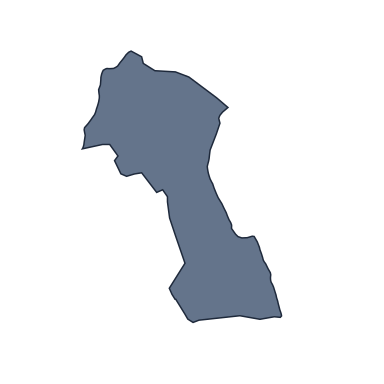 the district of Pavee, Castries, Saint Lucia, rotated 150°
{"feature_id": "8701671B25758314350266", "entity_name": "Pavee", "entity_type": "district", "adm_level": 2, "iso_a3": "LCA", "parent_name": "Saint Lucia", "parent_adm1": "Castries", "projection": "albers", "projection_center": [-60.992, 14.003], "detail": "fine", "context": "isolated", "style": "filled", "palette": "slate", "viewbox_px": 384, "rotation_deg": 150, "n_neighbors": 0, "source": "geoboundaries", "source_scale": "gbopen_adm2", "svg_char_len": 1985}
<svg xmlns="http://www.w3.org/2000/svg" viewBox="0 0 384 384"><g transform="rotate(150 192 192)"><path d="M176.4,39.9L175.8,41.5L175.3,43.6L174.9,45.9L174.0,49.1L173.1,52.4L172.3,54.9L171.6,58.2L170.7,60.9L170.3,62.8L169.9,64.6L169.3,67.2L168.9,69.0L168.6,71.7L168.6,74.2L168.1,76.1L167.3,77.8L166.6,79.0L165.2,80.9L164.5,83.0L164.5,85.5L164.5,87.4L164.1,93.0L164.4,95.6L164.3,97.5L163.6,100.0L162.7,104.0L162.0,108.1L161.3,110.3L160.4,116.2L160.4,122.4L161.9,123.6L167.0,124.8L171.8,127.3L174.5,130.4L175.4,133.8L176.0,140.6L175.1,142.1L174.7,142.7L174.2,143.7L173.8,146.1L173.8,149.5L173.3,153.6L172.7,157.0L172.4,162.3L172.0,166.9L172.1,170.1L172.2,174.1L171.7,178.8L170.9,184.5L170.0,188.8L170.0,190.8L169.8,194.3L169.2,197.1L168.6,199.6L167.9,201.8L166.8,204.7L166.0,206.5L164.1,208.5L162.2,210.4L160.8,212.0L160.4,212.5L158.5,215.1L156.7,217.5L155.3,219.3L141.8,230.2L133.4,237.6L132.0,242.5L129.6,244.4L125.7,245.9L118.6,247.2L123.6,261.3L137.2,293.1L146.3,304.3L163.5,315.6L169.9,327.7L168.0,334.3L174.3,344.5L177.0,344.7L180.5,343.8L183.0,342.6L185.9,341.4L189.9,339.9L193.5,338.2L195.7,338.1L198.0,338.2L199.7,339.0L202.2,340.3L203.9,341.5L205.4,341.8L208.0,341.8L209.5,340.8L211.3,339.3L213.5,336.9L215.1,334.4L216.9,331.8L217.8,330.5L219.5,329.1L221.7,327.3L222.4,325.8L223.2,324.0L224.1,321.7L225.3,319.7L227.7,316.8L229.2,315.3L231.1,313.5L233.2,311.7L235.5,309.4L237.7,307.7L241.3,306.1L242.9,305.3L246.1,303.9L247.4,303.3L250.0,302.4L252.8,301.5L254.3,299.8L255.0,297.9L255.7,295.8L256.2,294.4L258.1,292.0L260.2,289.4L262.1,286.9L264.1,285.0L265.4,284.2L250.1,279.3L245.7,277.9L239.5,274.3L238.1,260.2L243.4,257.9L244.5,243.3L240.8,238.3L232.8,236.4L226.0,233.8L222.8,209.3L216.3,208.6L215.6,200.2L218.2,195.7L224.4,180.7L228.1,162.6L233.7,133.8L259.8,120.0L260.3,115.2L260.5,113.5L260.3,107.6L259.7,107.2L259.2,90.1L259.2,84.0L256.3,78.5L250.0,77.5L212.4,60.9L196.8,47.8L183.1,42.8L178.2,39.3L176.4,39.9Z" fill="#64748b" stroke="#1e293b" stroke-width="1.5"/></g></svg>